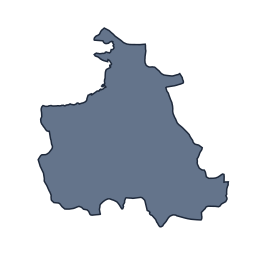 outline of Sinuras, Al Fayyum, Egypt, rotated 353°
{"feature_id": "37247803B57049820860179", "entity_name": "Sinuras", "entity_type": "district", "adm_level": 2, "iso_a3": "EGY", "parent_name": "Egypt", "parent_adm1": "Al Fayyum", "projection": "orthographic", "projection_center": [30.822, 29.442], "detail": "fine", "context": "isolated", "style": "filled", "palette": "slate", "viewbox_px": 256, "rotation_deg": 353, "n_neighbors": 0, "source": "geoboundaries", "source_scale": "gbopen_adm2", "svg_char_len": 5740}
<svg xmlns="http://www.w3.org/2000/svg" viewBox="0 0 256 256"><g transform="rotate(353 128 128)"><path d="M90.1,210.0L89.9,209.3L89.7,205.3L90.0,204.3L90.4,203.1L90.8,201.2L91.5,200.2L94.0,198.3L95.7,197.3L96.8,196.7L99.4,195.9L101.3,196.1L103.3,197.2L104.9,197.9L106.6,199.0L107.9,199.9L109.1,201.6L109.9,203.0L111.9,207.4L112.4,207.6L113.0,207.4L114.0,205.4L113.7,204.0L114.2,203.3L115.5,201.6L115.7,200.6L115.7,199.9L117.0,197.5L117.7,197.0L120.4,197.6L122.8,198.0L124.2,198.4L125.9,198.4L132.3,198.4L133.7,199.1L135.7,201.6L136.0,203.0L136.3,205.9L136.4,206.6L137.0,212.2L137.8,212.7L138.2,212.7L139.5,214.3L139.0,215.0L139.1,216.0L139.8,216.9L141.3,217.8L144.3,222.2L145.1,225.0L145.8,226.2L146.1,227.1L146.6,228.3L147.4,229.7L148.6,230.1L150.0,229.6L150.5,229.4L151.6,227.9L152.8,226.9L154.4,225.4L156.9,222.3L158.0,221.3L159.2,220.5L162.0,219.7L163.2,219.9L164.9,220.3L165.6,221.0L173.1,224.1L176.0,225.2L179.6,226.3L184.4,227.3L188.9,228.1L189.4,228.1L190.1,227.1L190.5,225.2L190.4,224.2L190.6,220.7L194.3,217.7L194.7,217.5L195.6,216.2L196.3,215.7L198.2,215.4L205.1,216.4L206.8,216.8L208.3,217.2L209.7,216.7L211.5,214.8L216.0,213.0L217.5,210.8L217.7,209.6L216.9,207.0L217.4,206.5L217.9,205.8L218.0,203.9L218.4,201.7L218.6,200.5L219.9,197.6L220.4,196.9L220.6,195.7L220.6,195.0L221.0,193.7L220.3,193.6L219.6,193.6L218.1,193.4L216.7,193.5L217.5,188.0L217.6,185.8L216.4,185.2L215.0,185.7L213.9,186.4L211.3,187.7L208.9,188.3L206.8,188.3L203.9,188.0L202.0,187.8L199.8,186.0L199.5,182.2L199.4,181.2L198.6,179.1L197.4,178.9L196.5,178.7L195.0,177.6L193.8,176.4L192.5,172.4L192.4,170.8L192.6,170.5L192.8,169.1L192.8,167.0L193.9,165.8L195.2,163.6L195.9,162.1L196.6,160.9L198.6,158.5L199.3,156.6L196.1,153.6L192.7,152.3L191.7,151.3L191.0,150.2L190.7,149.0L190.7,148.3L189.7,146.4L188.6,144.1L187.9,142.0L186.3,139.7L183.6,136.2L182.1,134.3L180.9,133.0L178.7,130.7L177.4,128.8L176.3,124.8L175.6,123.2L174.5,119.2L174.4,116.8L174.8,114.2L174.9,111.6L174.6,108.0L173.7,105.0L172.6,100.3L172.4,99.3L172.3,98.4L171.1,96.3L170.8,94.6L170.5,92.5L171.6,92.0L179.5,91.7L181.8,91.4L183.2,91.1L185.4,90.8L187.3,90.3L188.0,90.2L188.6,89.3L188.6,88.1L188.1,86.4L188.0,84.6L186.0,80.3L185.3,80.6L184.3,81.1L183.4,81.1L179.6,81.7L178.6,81.8L177.2,81.6L171.9,80.3L170.0,79.7L167.8,78.1L167.1,77.2L165.6,74.9L164.6,73.9L162.6,71.6L161.9,70.9L159.5,70.3L157.1,70.2L156.1,69.9L154.7,69.0L153.7,67.9L153.4,67.2L153.2,66.2L152.9,65.5L152.9,65.1L153.0,62.5L153.4,60.8L153.6,59.3L154.3,56.7L155.1,53.6L155.0,51.9L155.2,49.8L155.4,48.1L155.3,46.9L149.9,46.7L142.5,45.7L139.8,45.3L137.0,44.5L134.0,42.7L131.6,40.1L126.4,35.3L124.7,33.0L122.7,30.9L122.0,30.0L121.0,28.9L116.6,25.9L114.7,27.2L113.8,27.7L112.7,28.9L111.3,31.1L110.8,31.6L109.4,32.3L108.3,32.6L107.1,33.1L106.6,33.6L105.7,34.4L105.3,35.3L105.1,36.3L105.3,36.7L113.7,38.4L114.2,39.8L114.7,40.5L115.5,41.2L115.9,41.4L116.9,41.6L118.8,41.5L119.3,41.3L120.0,40.8L120.9,40.3L121.4,40.2L122.1,40.0L122.5,40.0L123.3,40.4L123.0,40.9L123.3,41.1L123.3,41.8L123.6,42.5L123.8,43.0L124.1,43.7L123.6,44.2L123.2,44.5L123.4,45.2L123.9,45.9L123.9,46.3L123.7,47.1L122.4,48.3L121.6,48.3L120.9,48.1L120.3,49.5L120.3,50.0L119.6,50.7L119.1,51.0L118.9,51.2L118.4,51.0L118.2,50.8L117.7,50.8L117.0,50.6L116.2,50.1L115.8,49.9L114.8,50.0L114.4,50.7L113.7,50.9L112.7,51.0L112.2,50.8L109.1,50.9L107.0,50.2L106.5,50.2L105.8,49.8L104.4,50.3L104.1,50.6L103.7,50.8L103.4,51.0L103.9,51.7L104.2,52.4L104.7,52.7L105.4,53.1L105.9,53.3L106.6,53.6L108.6,55.4L108.8,55.9L109.3,56.3L109.8,56.5L110.8,57.5L111.5,57.7L112.0,58.1L115.9,59.7L116.3,58.2L116.5,57.7L117.2,58.2L117.5,58.4L118.0,59.1L119.5,62.4L119.1,63.1L118.4,63.4L117.6,63.4L117.4,64.1L117.5,64.6L117.9,64.8L118.2,65.3L117.7,65.8L116.6,66.3L116.1,66.3L115.1,66.8L114.2,67.1L113.7,67.3L113.1,68.1L112.8,68.8L112.4,69.7L112.2,70.7L111.6,74.0L111.6,74.5L111.2,76.2L110.7,76.9L110.8,77.4L110.5,77.9L110.3,78.8L110.4,80.5L110.3,81.3L109.7,82.2L109.0,82.0L108.8,81.7L107.8,82.2L107.6,82.7L107.2,83.0L106.9,83.2L107.4,83.9L108.8,83.4L110.0,83.3L110.7,83.8L111.0,84.7L110.3,85.0L109.8,85.0L109.1,85.3L108.4,86.0L107.7,86.3L107.3,86.5L106.8,86.5L106.4,86.7L105.8,86.1L104.7,86.6L104.4,86.9L104.5,87.3L103.3,87.8L103.0,87.6L101.8,87.6L98.6,89.4L97.4,89.9L97.2,90.2L96.1,90.7L95.8,90.7L95.3,90.2L96.0,89.7L95.7,89.5L95.0,89.8L94.6,90.0L93.9,90.0L92.9,90.6L92.4,90.6L91.8,91.8L90.7,94.2L90.7,94.7L90.5,95.1L90.0,95.9L89.8,96.1L88.6,96.9L87.2,97.4L85.8,97.7L85.1,97.7L83.9,98.0L83.2,98.0L82.5,98.3L82.0,97.6L81.3,97.1L80.5,97.1L79.8,97.4L79.4,97.9L78.9,98.1L78.2,98.2L77.5,98.4L76.8,98.4L76.5,98.2L75.8,98.0L75.4,98.0L75.1,97.8L74.4,97.6L73.9,97.4L73.7,97.1L73.2,97.1L72.5,97.4L72.0,97.7L69.4,97.7L69.2,98.0L68.7,98.2L68.0,98.3L67.3,98.1L66.8,97.6L66.1,97.6L65.1,97.4L64.4,97.7L62.5,97.7L62.0,97.5L60.8,97.3L59.2,97.4L58.4,97.2L57.0,97.2L56.5,97.0L56.1,97.0L55.3,96.8L54.4,96.3L52.0,96.4L51.5,96.7L50.1,96.7L49.2,96.5L48.7,96.5L48.2,96.3L47.5,95.9L47.0,95.6L46.3,95.4L45.8,95.9L44.9,96.7L44.2,98.3L44.0,99.5L44.1,102.4L43.8,106.2L42.4,108.6L42.3,111.5L42.9,113.6L43.6,114.7L44.1,115.9L45.4,118.0L45.9,119.2L46.9,120.8L48.8,121.7L49.5,121.7L49.8,129.2L50.1,130.9L50.2,134.7L50.8,136.8L50.4,138.7L49.7,139.7L48.5,140.9L46.5,142.9L44.6,143.9L43.2,144.4L39.2,144.1L38.0,144.8L37.3,145.6L35.5,147.8L35.0,148.5L36.2,155.3L38.6,162.4L38.8,167.8L38.4,170.5L39.7,173.7L40.0,174.2L40.7,176.1L41.3,178.2L42.1,180.8L42.6,181.9L43.4,184.8L43.5,186.2L43.2,186.9L43.1,190.0L43.6,190.9L45.4,193.0L48.2,193.6L49.9,194.0L51.1,194.9L52.9,198.0L55.4,200.7L59.7,201.3L63.9,201.2L65.4,200.9L68.2,200.1L69.8,199.8L72.3,201.1L72.8,201.8L74.0,203.2L76.9,204.1L77.4,204.3L78.8,205.9L79.7,208.9L80.2,209.6L81.6,210.1L85.4,210.2L88.3,210.3L89.9,210.3L90.1,210.0Z" fill="#64748b" stroke="#1e293b" stroke-width="1.5"/></g></svg>